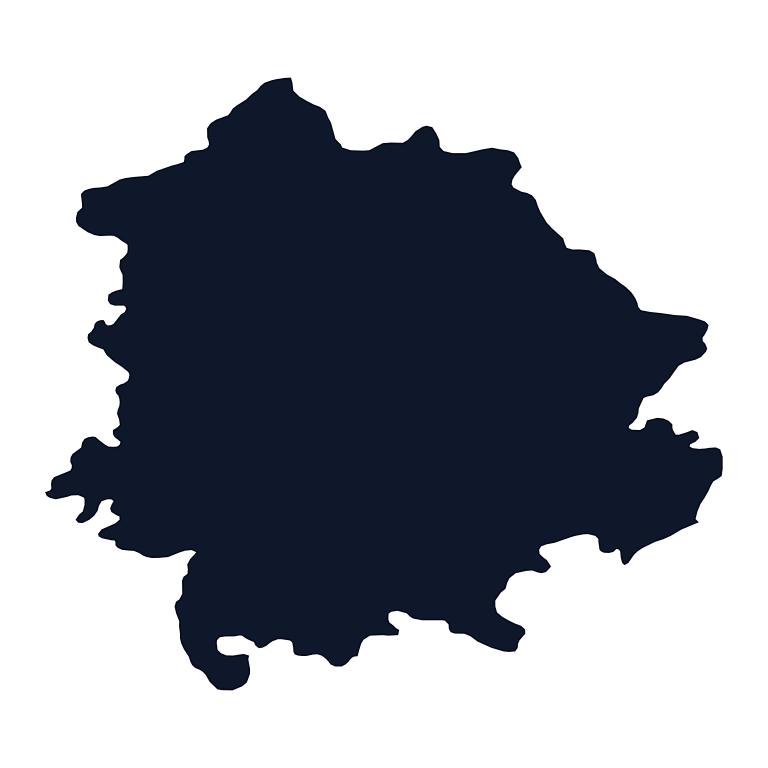 Lahoysk, Minsk, Belarus (Equal Earth projection)
{"feature_id": "67162791B73059269727639", "entity_name": "Lahoysk", "entity_type": "district", "adm_level": 2, "iso_a3": "BLR", "parent_name": "Belarus", "parent_adm1": "Minsk", "projection": "equal_earth", "projection_center": [27.771, 54.364], "detail": "fine", "context": "isolated", "style": "filled", "palette": "ink", "viewbox_px": 768, "rotation_deg": 0, "n_neighbors": 0, "source": "geoboundaries", "source_scale": "gbopen_adm2", "svg_char_len": 6058}
<svg xmlns="http://www.w3.org/2000/svg" viewBox="0 0 768 768"><path d="M290.4,78.4L284.7,78.7L276.0,80.0L271.5,81.1L265.0,83.4L261.2,86.4L257.6,90.8L252.7,94.3L246.2,100.4L237.0,106.2L233.4,109.0L230.9,113.0L228.5,115.9L216.8,120.2L212.3,123.0L210.3,124.9L207.8,128.6L208.0,137.3L209.4,141.2L209.8,144.7L208.0,148.1L202.9,150.5L191.7,151.8L187.2,154.7L185.2,156.6L185.1,159.5L184.5,162.6L177.3,165.0L172.1,166.3L157.1,171.5L148.6,176.5L132.9,177.8L125.0,178.9L119.9,180.3L107.7,187.1L100.6,188.2L93.6,188.7L88.9,189.7L84.6,191.3L81.7,194.4L82.8,204.2L82.8,208.1L78.1,212.3L76.7,218.0L76.9,221.8L79.2,225.6L88.3,231.7L94.6,234.3L99.8,235.3L109.7,234.9L114.1,235.1L118.2,237.2L122.2,240.4L126.7,243.0L128.3,244.6L128.5,248.9L128.0,252.9L126.4,255.3L123.1,258.7L120.8,260.3L120.1,267.2L121.5,270.9L123.3,274.4L123.5,281.9L123.0,289.7L115.6,291.6L112.2,293.1L109.1,295.2L108.6,300.4L110.6,303.5L114.9,304.9L123.9,304.8L126.1,306.4L127.0,309.1L125.4,312.5L121.6,314.8L114.0,324.5L110.8,326.0L107.2,326.2L104.8,324.2L104.3,322.6L103.0,320.7L99.8,321.1L97.1,322.3L95.3,324.5L94.6,328.0L91.7,332.3L88.8,334.6L88.3,337.9L89.4,341.9L93.7,344.8L99.1,347.1L103.8,348.7L107.2,354.6L115.0,361.4L122.0,366.0L128.9,371.5L130.3,374.6L129.3,379.3L128.0,381.6L123.9,384.2L120.6,385.2L117.0,387.5L116.1,390.5L117.0,393.1L119.0,395.1L120.1,398.7L120.5,402.1L120.1,405.8L118.5,410.1L117.8,413.5L119.8,419.2L120.7,425.1L117.8,428.0L113.7,430.5L113.7,434.0L115.3,436.8L118.2,438.9L121.4,441.7L120.2,445.3L117.3,447.3L113.5,447.6L108.3,447.3L104.7,445.3L98.9,440.9L95.3,437.8L92.8,437.3L88.3,438.0L84.9,439.6L82.9,442.8L81.8,448.1L73.2,454.4L71.4,457.5L71.0,461.5L72.7,465.4L72.3,468.6L70.7,471.2L54.5,477.8L52.2,480.9L51.8,484.8L52.2,488.6L50.6,491.0L46.1,492.7L47.4,495.4L50.0,497.1L55.8,498.5L66.7,496.2L71.3,494.7L78.3,494.4L84.6,497.0L85.3,499.5L85.3,504.9L83.5,511.8L79.6,515.1L76.5,519.7L78.6,522.0L82.4,522.3L88.8,519.2L93.7,515.1L96.9,510.5L98.3,505.4L101.1,500.6L107.4,498.5L111.3,498.5L114.8,500.8L112.4,504.6L110.9,508.5L112.0,511.5L116.6,514.4L120.1,515.9L120.4,520.0L115.5,524.1L102.1,530.0L98.9,534.0L99.3,535.8L102.4,537.6L111.9,539.6L114.9,539.6L116.2,541.7L116.2,545.0L118.0,547.1L122.3,549.1L129.7,549.9L134.0,550.1L139.6,552.4L143.2,554.8L146.3,556.1L152.0,557.3L159.4,557.1L167.9,556.3L179.4,551.7L185.1,549.9L191.8,549.3L197.4,551.9L195.4,554.5L190.7,559.6L188.0,564.7L188.6,569.1L188.2,574.3L184.1,577.3L182.8,580.7L183.0,594.0L180.0,599.8L176.7,602.2L175.3,606.5L176.9,613.2L180.0,621.1L179.8,626.5L180.7,633.1L180.7,638.0L182.0,643.3L184.5,648.7L189.4,656.3L191.4,662.1L192.8,664.7L195.5,667.2L200.4,669.3L203.4,671.4L206.3,674.4L210.3,681.5L217.8,688.6L222.0,689.4L232.4,689.6L241.9,685.6L246.2,682.0L249.3,673.4L249.3,669.1L247.5,659.1L248.2,656.1L243.5,654.7L233.1,656.3L226.1,656.1L220.5,653.8L216.9,650.2L216.0,643.1L216.2,639.9L219.4,636.6L225.0,635.7L234.5,635.6L239.7,634.6L242.6,635.1L245.7,637.4L249.1,639.2L254.5,641.5L256.1,645.1L259.0,647.4L262.4,646.9L266.2,645.0L268.5,643.0L271.9,640.7L277.5,638.5L281.1,638.4L290.1,639.7L292.8,641.8L293.9,647.1L294.2,651.7L295.3,653.8L298.0,654.8L302.7,655.3L306.5,655.2L312.9,653.8L317.6,653.5L322.1,655.0L324.6,656.8L327.3,659.1L331.3,664.0L335.4,665.7L341.5,665.7L345.3,663.7L348.2,660.9L350.0,658.4L351.6,657.0L354.1,655.8L357.0,655.5L358.4,650.1L360.4,643.5L362.9,639.2L369.8,634.9L382.7,634.4L388.3,634.9L397.5,634.4L398.4,630.3L395.5,628.7L392.8,625.9L388.7,622.9L387.6,619.5L387.8,613.4L390.8,611.1L397.5,610.0L407.0,612.6L410.4,615.9L413.3,617.8L422.3,619.5L441.4,619.5L445.0,619.8L449.3,624.1L449.6,628.7L451.1,631.5L454.7,632.8L464.6,633.0L471.0,635.7L477.7,640.8L491.7,647.1L503.9,650.7L509.0,651.2L514.7,650.7L516.9,647.7L517.4,643.3L518.9,639.9L524.5,633.4L524.3,629.7L520.7,626.5L514.4,624.1L508.3,621.1L502.0,617.5L496.4,612.9L494.6,606.7L494.5,600.4L500.2,592.2L504.9,588.3L506.5,582.5L508.9,577.6L515.4,572.5L525.8,570.2L532.3,569.7L537.5,571.6L541.3,572.4L545.6,571.4L550.1,566.5L546.3,560.6L543.1,558.3L538.8,554.2L538.4,549.6L540.6,545.7L546.7,543.5L554.3,542.1L571.0,536.3L575.7,535.0L583.8,533.5L588.5,533.4L595.7,535.2L599.1,538.6L599.1,541.7L600.2,549.3L601.4,550.7L604.1,552.0L609.2,552.2L613.1,551.1L616.0,548.3L618.9,548.6L620.9,550.9L621.6,557.9L622.8,562.4L624.6,564.2L627.7,562.5L633.6,554.0L637.6,550.4L642.3,547.3L654.7,541.2L663.0,538.5L670.4,535.2L681.2,528.8L697.5,522.0L694.7,519.3L696.7,511.3L699.8,503.6L703.6,498.0L707.6,491.0L710.3,485.1L712.7,480.9L717.0,478.4L721.0,475.5L721.9,468.8L721.9,456.9L719.6,449.9L715.6,448.2L709.3,448.6L705.7,449.2L699.4,449.7L692.4,448.9L688.6,446.9L689.5,443.8L695.1,441.1L698.4,437.8L696.8,432.7L692.3,430.9L686.7,433.1L678.9,435.5L675.3,435.5L672.1,430.1L671.6,427.5L671.6,424.7L668.0,421.3L663.1,419.2L657.5,418.6L647.6,421.0L645.1,428.0L640.2,430.8L631.6,430.5L627.8,428.3L628.5,425.1L632.5,422.0L636.3,417.3L637.7,412.5L638.1,408.1L643.0,397.4L647.1,395.8L652.9,394.6L657.6,391.8L660.7,388.1L663.9,383.1L668.8,378.2L678.0,365.3L684.0,361.9L695.2,359.0L700.4,356.5L705.3,351.3L706.4,348.6L704.6,344.2L701.9,341.3L701.9,337.2L703.9,334.6L706.8,329.3L707.7,325.2L704.6,322.1L699.6,320.3L686.8,316.6L674.7,315.8L660.5,313.8L650.0,312.7L640.5,310.9L637.4,306.9L636.7,303.3L634.7,298.6L631.0,293.1L625.4,287.7L619.1,283.2L614.6,279.5L607.0,275.4L598.9,268.8L596.0,262.9L595.7,260.2L593.7,253.7L589.0,251.0L579.5,250.2L572.4,250.3L566.1,248.5L564.3,244.6L562.5,238.8L551.4,228.8L545.8,222.7L539.5,212.0L537.0,206.0L535.2,200.4L531.6,196.0L526.9,193.7L521.1,192.4L513.0,188.2L510.8,184.5L511.7,179.5L514.3,175.0L520.9,167.0L519.5,164.0L517.6,158.5L513.6,153.0L507.7,151.0L500.1,150.1L492.0,148.5L482.6,150.1L466.0,153.9L452.5,153.9L443.1,151.7L439.0,147.2L438.6,140.4L435.9,134.3L431.8,127.8L426.4,126.5L422.8,127.5L416.1,131.7L410.7,138.1L408.0,140.7L403.1,143.6L391.4,143.3L382.9,143.9L369.4,151.0L363.1,151.4L350.5,151.0L341.5,148.1L340.2,144.9L334.8,139.4L330.3,123.0L327.6,118.1L324.9,111.3L319.5,107.5L312.8,104.9L306.1,101.4L298.9,97.2L292.6,91.0L291.7,83.0L290.4,78.4Z" fill="#0f172a" stroke="#020617" stroke-width="1.5"/></svg>